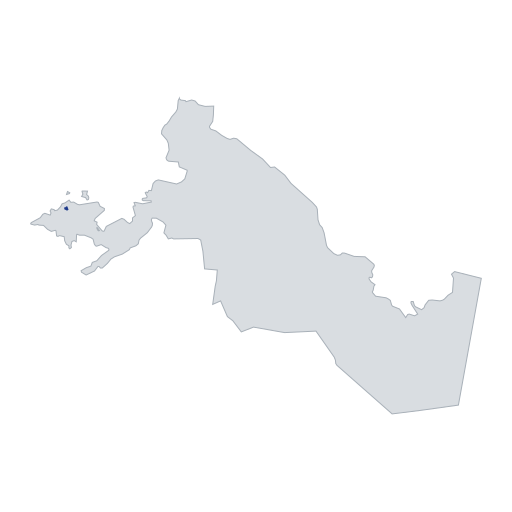 Fergana city, Ferghana, Uzbekistan (highlighted), rotated 180°
{"feature_id": "79887680B52321906088540", "entity_name": "Fergana city", "entity_type": "district", "adm_level": 2, "iso_a3": "UZB", "parent_name": "Uzbekistan", "parent_adm1": "Ferghana", "projection": "albers", "projection_center": [71.796, 40.393], "detail": "fine", "context": "in_parent", "style": "filled", "palette": "blue", "viewbox_px": 512, "rotation_deg": 180, "n_neighbors": 0, "source": "geoboundaries", "source_scale": "gbopen_adm2", "svg_char_len": 3981}
<svg xmlns="http://www.w3.org/2000/svg" viewBox="0 0 512 512"><g transform="rotate(180 256 256)"><path d="M417.5,241.0L425.9,237.0L430.5,239.8L430.9,241.3L425.7,244.3L421.1,245.9L419.7,249.6L415.2,251.2L410.5,256.5L403.2,261.7L403.1,262.8L403.7,263.7L406.0,264.4L410.8,267.4L415.4,265.8L416.5,266.2L417.7,268.0L418.9,272.8L420.9,274.2L427.5,276.8L432.5,276.8L435.0,277.8L435.4,277.4L435.8,270.2L437.8,271.4L440.1,270.5L441.0,266.9L440.6,264.5L442.2,263.2L443.1,264.1L443.1,266.2L445.6,267.7L447.3,271.2L447.8,275.3L452.4,276.4L454.1,275.6L455.4,276.1L456.0,281.2L456.7,281.7L460.7,280.6L464.5,282.7L468.5,286.6L473.1,286.9L474.1,287.5L477.4,286.9L481.1,287.9L481.3,288.6L480.7,289.4L471.7,294.3L469.2,297.7L467.2,298.7L461.8,296.9L461.0,299.0L461.9,301.0L460.7,303.1L457.9,302.4L457.3,301.3L454.6,301.9L451.4,305.3L449.9,308.2L447.0,309.1L442.9,311.9L441.2,309.7L438.3,309.9L434.4,307.6L432.5,307.2L415.0,310.0L413.7,309.6L411.9,305.7L407.6,303.5L407.7,301.6L416.8,293.6L417.8,291.2L414.9,289.8L415.4,287.6L409.8,281.1L408.7,280.7L407.9,280.9L405.7,285.6L390.2,293.6L387.9,292.7L384.6,289.6L382.3,288.4L379.5,290.9L379.5,294.1L376.6,296.4L379.0,304.9L378.7,305.9L376.7,306.2L378.0,309.4L376.8,309.7L369.4,308.2L360.7,309.9L360.9,311.2L368.6,311.3L369.7,311.9L369.8,312.9L369.3,313.6L365.3,314.2L364.8,315.4L366.8,319.2L365.8,320.0L364.4,319.3L363.1,321.6L360.6,321.4L358.9,328.5L356.6,331.0L353.7,332.1L335.4,328.0L330.5,330.1L327.2,333.1L324.8,340.9L324.9,341.8L332.7,345.1L333.7,350.0L343.3,350.8L344.8,351.6L345.6,352.9L346.0,354.2L342.9,361.8L343.7,368.7L345.1,372.0L350.5,378.2L350.2,381.5L348.8,384.4L347.1,386.9L345.3,387.9L342.8,391.1L340.5,395.0L336.1,400.1L334.6,403.0L333.8,411.4L332.6,413.9L332.5,413.0L331.0,411.9L326.7,411.4L326.0,410.3L320.4,412.0L316.9,411.0L313.6,407.3L306.9,405.6L298.3,405.9L298.6,397.1L299.3,390.6L302.5,385.7L302.5,384.7L301.2,382.8L296.2,381.1L290.4,376.7L285.0,373.6L282.0,372.6L278.3,373.8L275.2,373.2L261.2,361.5L249.4,353.0L241.5,344.5L237.4,345.0L227.2,336.8L221.0,328.6L199.6,309.5L195.5,305.0L194.7,302.7L194.0,292.2L192.4,287.3L189.8,284.4L187.9,279.1L185.5,266.6L184.4,264.3L178.2,258.4L174.5,256.7L171.5,257.2L169.7,259.0L167.4,258.9L157.9,255.6L146.9,255.2L138.2,247.8L137.7,246.7L138.0,245.0L140.4,241.2L140.2,239.4L139.2,237.2L139.5,235.2L140.5,234.2L142.2,234.8L143.0,234.1L142.9,233.0L141.0,230.2L137.0,227.3L138.1,225.8L138.8,221.9L139.7,220.0L139.3,219.2L136.4,215.8L125.9,214.2L123.6,213.0L121.7,211.6L120.4,207.0L119.5,205.8L112.5,203.0L106.3,194.4L104.3,197.5L102.8,197.9L97.4,196.2L94.3,197.9L99.9,206.6L101.1,209.1L100.8,210.5L98.8,210.5L97.6,206.5L96.6,205.3L90.4,202.3L87.9,204.3L86.9,207.1L83.3,211.7L79.8,212.0L72.0,211.1L69.4,211.8L67.6,212.9L63.9,216.8L59.5,219.6L58.5,233.9L60.5,237.8L57.4,240.4L30.7,233.7L53.6,106.9L92.4,101.5L119.9,98.1L175.0,146.6L176.2,148.4L176.6,151.9L177.8,154.9L196.0,180.9L227.4,179.4L258.5,184.9L270.7,180.1L279.1,191.2L284.6,195.4L291.4,211.1L299.3,207.6L296.8,225.7L295.6,231.1L294.7,242.0L307.4,243.1L309.1,260.8L311.3,272.0L314.0,273.5L338.4,273.1L340.2,274.0L343.7,273.1L345.8,276.7L348.1,279.1L346.1,286.8L348.9,290.0L355.6,293.8L359.8,293.9L360.6,292.6L360.4,290.8L359.5,288.8L359.7,286.6L360.4,285.0L364.7,279.3L371.5,273.8L373.0,271.8L373.7,268.2L376.1,266.2L381.8,264.1L382.7,262.3L389.7,257.9L397.5,255.2L401.1,252.9L404.6,248.6L409.7,244.0L411.6,244.0L412.9,245.5L414.0,245.6L417.5,241.0ZM415.3,284.2L414.4,281.9L413.2,281.1L412.6,281.4L414.5,284.3L415.3,284.2ZM429.8,321.0L424.5,320.9L425.4,317.5L423.6,315.8L423.2,314.1L423.6,312.5L424.9,312.0L426.4,314.4L430.4,315.5L429.1,317.9L430.0,320.5L429.8,321.0ZM445.5,317.5L444.5,320.5L442.2,319.2L442.6,318.4L445.5,317.5Z" fill="#d9dde1" stroke="#a8b0b8" stroke-width="1"/><path d="M447.0,303.2L445.9,302.7L445.5,302.7L445.0,302.2L444.4,302.6L444.6,302.9L444.6,303.4L445.0,303.8L445.0,304.7L445.4,304.8L445.5,303.9L446.2,303.9L446.6,304.1L447.0,304.0L447.0,303.2Z" fill="#3b82f6" stroke="#1e3a8a" stroke-width="1.5"/></g></svg>